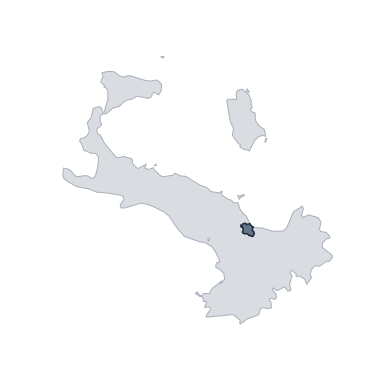 Lucca on a map of Italy (Mercator projection), rotated 163°
{"feature_id": "ITA-5383", "entity_name": "Lucca", "entity_type": "Province", "adm_level": 1, "iso_a3": "ITA", "parent_name": "Italy", "parent_adm1": "", "projection": "mercator", "projection_center": [10.483, 44.019], "detail": "fine", "context": "in_parent", "style": "filled", "palette": "slate", "viewbox_px": 384, "rotation_deg": 163, "n_neighbors": 0, "source": "natural_earth", "source_scale": "10m", "svg_char_len": 4853}
<svg xmlns="http://www.w3.org/2000/svg" viewBox="0 0 384 384"><g transform="rotate(163 192 192)"><path d="M81.1,85.3L83.3,86.6L91.5,83.8L96.5,85.4L100.6,82.7L103.2,78.5L102.6,75.3L109.2,70.2L109.9,76.0L113.6,80.0L117.1,80.9L116.3,83.3L119.8,88.1L121.2,87.6L121.7,86.7L120.8,82.7L125.8,74.9L126.0,69.4L126.8,68.8L129.3,69.2L131.3,74.3L139.6,72.7L142.4,76.6L143.7,75.8L141.5,69.2L142.5,65.8L144.7,65.1L146.2,66.8L149.4,67.2L149.6,65.2L148.7,63.9L149.8,58.0L154.6,58.6L157.4,60.6L160.7,60.6L163.5,55.9L165.7,54.8L176.4,54.5L184.2,51.6L184.9,52.3L183.5,54.5L183.9,56.0L188.6,62.8L214.9,68.1L214.5,69.8L208.9,74.0L208.5,75.6L209.3,77.0L213.6,78.0L210.6,82.0L210.7,83.5L212.9,83.7L212.6,88.6L215.3,90.0L218.4,94.2L215.3,95.0L216.6,93.9L213.5,89.8L210.2,91.5L205.0,89.7L201.5,93.6L189.5,98.4L191.6,96.2L190.7,96.2L186.3,99.1L185.4,104.9L188.7,110.6L191.3,112.7L190.1,116.1L188.5,117.4L186.4,116.5L185.8,119.6L187.0,127.8L188.8,133.6L194.7,140.0L199.0,142.0L212.2,151.7L217.0,162.5L221.1,175.9L224.6,180.9L231.7,188.0L238.3,193.2L244.3,196.4L260.3,196.3L264.3,197.4L264.8,199.6L264.0,201.1L259.3,204.8L259.0,207.7L261.2,209.8L272.0,215.2L283.1,219.7L290.5,225.6L300.2,230.5L307.6,238.0L310.3,241.9L310.8,245.0L308.9,250.2L307.9,252.4L302.6,249.4L298.3,240.4L288.9,238.8L286.2,237.3L284.6,234.5L281.6,234.2L279.6,235.7L274.4,244.1L271.6,251.4L271.4,254.3L273.0,257.1L277.5,258.7L283.3,263.9L283.5,270.2L284.5,273.7L283.0,275.8L280.0,275.2L276.1,276.5L273.3,278.8L272.2,281.0L271.9,288.9L266.6,292.9L262.1,300.8L255.5,300.8L253.9,298.4L253.8,294.8L255.0,292.6L257.4,291.6L259.1,287.0L258.6,283.6L259.5,282.1L264.9,279.9L265.2,275.2L263.1,273.1L261.5,264.6L254.8,248.0L252.7,246.3L246.9,245.9L240.0,241.5L239.5,239.6L240.7,237.8L239.9,235.4L237.7,231.2L236.3,230.2L227.7,232.0L230.1,228.6L227.1,226.3L221.8,226.4L221.9,224.8L218.1,217.9L215.6,215.1L205.8,213.7L202.7,214.9L197.9,210.5L193.5,208.9L182.4,196.2L177.0,192.4L173.6,186.9L166.7,183.2L163.6,184.1L162.9,183.4L164.5,182.3L164.2,180.1L159.6,174.6L156.9,172.8L155.0,169.2L151.1,168.3L151.2,161.9L149.7,157.3L147.2,153.3L145.7,143.9L144.5,141.3L141.7,139.3L135.4,137.0L126.5,130.9L116.0,128.0L111.8,130.2L100.8,143.3L90.6,146.3L90.3,143.6L94.2,137.5L93.4,135.2L87.1,136.0L78.7,130.5L77.5,125.5L79.9,120.9L81.3,119.8L80.5,116.6L75.4,114.0L73.4,109.8L73.2,108.4L74.5,107.6L77.5,107.9L82.2,104.9L83.6,100.9L76.5,90.6L76.8,88.5L81.1,85.3ZM190.6,142.6L190.9,140.1L188.8,141.7L189.4,142.8L190.6,142.6ZM253.7,292.5L245.6,304.8L242.9,313.0L243.3,316.1L245.6,318.4L244.4,319.3L246.9,323.2L246.9,324.2L243.3,328.6L243.2,332.4L236.5,331.8L231.0,329.6L228.3,325.2L226.1,323.4L223.8,321.9L219.0,322.0L216.9,321.1L204.3,312.5L199.4,310.2L193.7,309.6L191.4,307.7L189.6,303.9L191.8,297.9L195.6,294.6L198.9,298.4L201.9,297.2L202.0,296.0L204.1,294.4L206.7,294.4L216.7,299.8L221.9,298.3L226.7,298.9L231.1,298.1L236.7,295.0L243.3,295.4L250.9,291.9L253.7,292.5ZM133.4,224.5L136.9,234.6L133.6,240.7L134.9,247.3L132.0,269.4L130.5,270.1L121.9,267.5L121.2,272.6L120.1,274.6L118.4,275.9L113.7,275.6L109.1,268.4L108.7,261.2L109.7,259.1L109.7,255.0L111.5,254.7L111.7,251.9L110.6,250.4L108.9,249.9L108.9,246.7L110.1,244.3L110.1,240.1L107.8,234.6L104.5,230.6L105.2,223.7L108.0,225.5L112.2,225.4L117.2,222.7L125.3,214.5L126.4,216.0L129.9,217.4L133.1,220.9L131.8,223.2L133.4,224.5ZM148.7,171.3L149.4,173.0L149.2,175.3L147.5,174.0L143.4,174.5L143.0,173.3L148.0,172.3L148.7,171.3ZM110.3,272.0L109.2,274.5L107.9,271.1L108.1,270.7L110.3,272.0ZM107.6,218.7L105.8,221.5L104.8,221.4L107.1,218.1L107.6,218.7ZM181.9,330.6L179.7,330.1L179.6,328.8L181.3,329.0L181.9,330.6ZM220.2,228.3L218.3,229.1L218.3,227.7L220.2,228.3Z" fill="#d9dde1" stroke="#a8b0b8" stroke-width="1"/><path d="M146.0,144.9L145.8,144.1L145.0,142.1L144.4,141.1L143.6,140.5L144.4,139.8L145.1,138.7L145.4,137.5L145.1,136.5L144.6,136.2L144.7,135.6L144.7,135.1L144.5,134.4L144.5,134.1L144.6,133.9L145.4,133.4L145.6,133.2L145.7,132.9L145.8,132.6L145.9,132.3L146.1,132.2L146.5,131.9L147.8,132.2L148.0,132.2L148.2,132.5L148.7,133.2L148.8,133.3L149.1,133.4L150.2,133.6L150.3,133.9L150.3,134.2L150.4,134.4L150.4,134.5L150.5,134.6L151.1,135.3L151.2,135.5L152.2,136.3L152.4,136.4L153.0,136.3L153.4,136.6L154.4,137.0L154.8,137.2L155.1,137.4L155.1,137.6L155.3,138.3L155.5,138.7L155.5,138.9L155.4,139.2L155.3,139.3L154.9,139.4L154.3,140.3L154.2,140.5L154.2,141.4L154.1,141.7L153.8,142.8L153.7,143.2L153.9,143.5L154.0,143.5L154.2,143.4L154.3,143.5L154.6,143.7L155.0,144.0L155.1,144.3L155.3,144.6L155.4,145.0L155.0,145.8L154.8,145.5L154.6,145.3L154.4,145.3L154.1,145.2L153.9,145.3L153.7,145.6L153.6,145.8L153.5,146.1L153.2,146.4L152.9,146.6L150.4,146.6L150.1,146.5L149.9,146.4L149.7,146.1L149.8,145.8L149.8,145.6L149.7,145.3L149.6,145.1L149.4,144.8L149.2,144.7L149.0,144.8L148.7,144.9L148.2,145.0L146.9,144.8L146.5,144.8L146.0,144.9Z" fill="#64748b" stroke="#1e293b" stroke-width="1.5"/></g></svg>